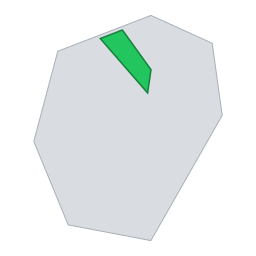 Ewa highlighted on a map of Nauru
{"feature_id": "NRU-4977", "entity_name": "Ewa", "entity_type": "state/province", "adm_level": 1, "iso_a3": "NRU", "parent_name": "Nauru", "parent_adm1": "", "projection": "albers", "projection_center": [166.932, -0.502], "detail": "fine", "context": "in_parent", "style": "filled", "palette": "green", "viewbox_px": 256, "rotation_deg": 0, "n_neighbors": 0, "source": "natural_earth", "source_scale": "10m", "svg_char_len": 339}
<svg xmlns="http://www.w3.org/2000/svg" viewBox="0 0 256 256"><path d="M222.2,115.3L150.9,240.6L68.2,224.9L33.8,141.4L57.8,51.2L150.9,15.4L212.2,43.3L222.2,115.3Z" fill="#d9dde1" stroke="#a8b0b8" stroke-width="1"/><path d="M100.2,38.5L122.4,30.0L151.0,69.7L147.6,93.0L100.2,38.5Z" fill="#22c55e" stroke="#15803d" stroke-width="1.5"/></svg>